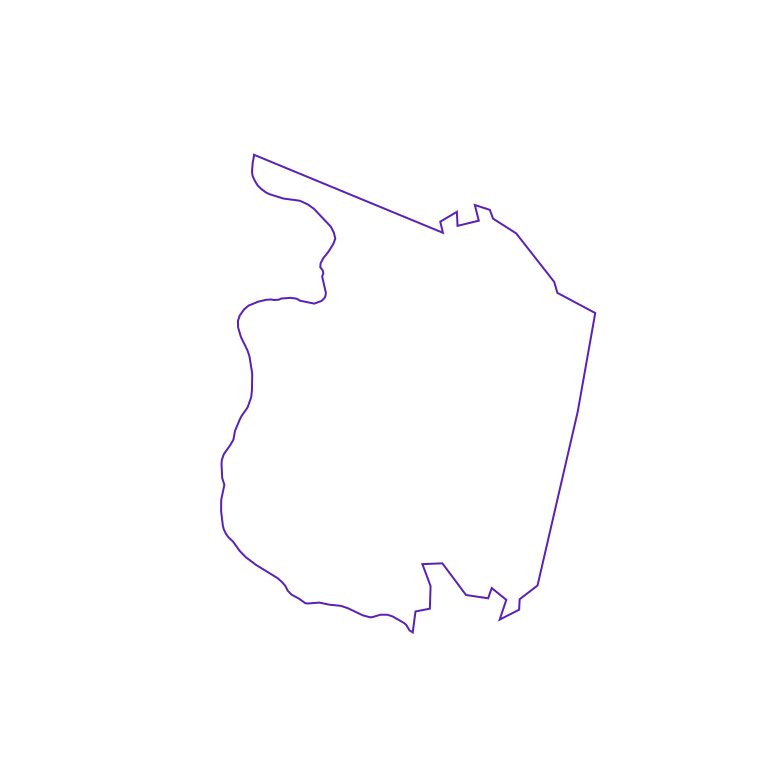 Union, Kentucky, United States of America, rotated 326°
{"feature_id": "52423323B17391793858856", "entity_name": "Union", "entity_type": "district", "adm_level": 2, "iso_a3": "USA", "parent_name": "United States of America", "parent_adm1": "Kentucky", "projection": "robinson", "projection_center": [-88.002, 37.687], "detail": "fine", "context": "isolated", "style": "outline", "palette": "violet", "viewbox_px": 768, "rotation_deg": 326, "n_neighbors": 0, "source": "geoboundaries", "source_scale": "gbopen_adm2", "svg_char_len": 1618}
<svg xmlns="http://www.w3.org/2000/svg" viewBox="0 0 768 768"><g transform="rotate(326 384 384)"><path d="M268.9,606.0L282.9,590.2L296.4,595.9L309.6,577.6L315.1,554.8L332.1,565.3L334.0,604.8L350.5,619.9L359.2,613.4L364.7,631.3L348.2,644.0L369.8,646.7L376.1,638.3L398.6,636.9L529.1,515.3L598.8,443.3L578.7,405.4L582.2,394.6L577.8,333.0L566.9,307.9L569.1,298.8L559.4,286.4L553.9,301.6L533.4,294.0L540.7,282.0L521.4,280.9L517.4,291.6L404.4,121.3L403.7,122.3L399.3,126.7L394.6,132.5L393.0,134.6L391.3,138.5L390.5,143.8L390.3,148.9L391.4,153.9L393.3,159.3L395.2,162.6L404.2,173.9L416.7,185.0L421.3,192.6L423.9,199.7L427.9,223.9L427.1,230.3L424.9,236.3L420.5,239.4L412.4,243.1L403.9,245.8L398.9,248.5L396.5,251.5L396.7,255.7L395.6,258.3L392.8,260.4L386.8,275.9L384.9,278.1L382.7,279.5L378.7,280.2L371.2,278.4L360.9,267.9L359.3,264.4L354.7,260.3L346.6,255.7L343.8,255.2L339.8,252.9L337.8,250.9L333.8,248.5L326.1,245.5L315.6,243.3L309.7,243.9L302.6,246.6L298.1,250.1L294.7,255.5L291.7,264.9L289.6,279.8L287.9,285.9L280.5,301.8L270.7,315.8L266.5,320.7L257.7,327.2L248.2,330.8L244.2,333.0L234.2,339.6L228.1,345.9L222.8,348.5L212.0,352.6L207.3,356.1L204.7,359.3L197.3,371.4L195.3,378.3L184.1,389.2L177.8,398.4L171.2,411.3L170.0,414.6L169.2,419.8L169.3,423.8L170.7,430.2L171.0,441.4L172.5,450.1L176.7,462.3L187.3,485.7L188.7,491.3L189.3,496.0L188.6,501.4L189.5,506.8L193.4,514.3L196.2,521.7L198.0,523.3L208.2,529.1L215.4,536.5L224.2,543.8L228.7,549.7L237.1,564.0L241.9,569.5L243.8,570.7L252.0,573.3L257.9,577.3L261.2,581.6L266.9,593.2L267.7,595.9L267.4,602.6L268.9,606.0Z" fill="none" stroke="#5b21b6" stroke-width="2"/></g></svg>